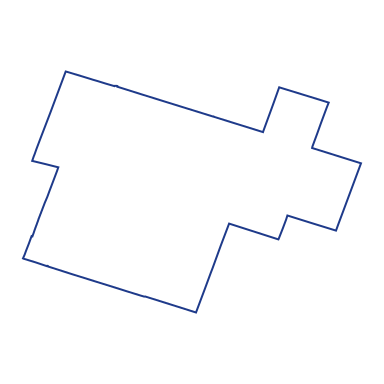 Stefan Cel Mare, Olt, Romania
{"feature_id": "2599482B22741879440662", "entity_name": "Stefan Cel Mare", "entity_type": "district", "adm_level": 2, "iso_a3": "ROU", "parent_name": "Romania", "parent_adm1": "Olt", "projection": "natural_earth1", "projection_center": [24.217, 43.82], "detail": "fine", "context": "isolated", "style": "outline", "palette": "blue", "viewbox_px": 384, "rotation_deg": 0, "n_neighbors": 0, "source": "geoboundaries", "source_scale": "gbopen_adm2", "svg_char_len": 1646}
<svg xmlns="http://www.w3.org/2000/svg" viewBox="0 0 384 384"><path d="M336.0,230.6L338.4,224.0L343.0,211.7L361.0,163.3L346.3,158.7L331.3,154.0L312.1,148.0L312.4,146.6L317.1,133.9L320.6,124.1L321.3,122.2L326.8,107.4L328.7,102.6L321.4,100.3L280.4,87.7L279.2,87.3L274.0,101.9L271.2,109.6L263.1,131.7L263.0,132.1L213.9,116.8L213.7,116.5L213.2,116.4L212.9,116.5L181.0,106.6L141.4,94.3L126.5,89.6L117.9,86.9L117.5,86.8L117.6,86.4L117.5,86.1L116.8,85.9L115.0,85.9L114.6,85.9L114.4,85.9L114.3,86.1L105.4,83.5L97.7,81.1L92.5,79.6L91.3,79.2L88.7,78.4L82.2,76.4L66.5,71.7L65.7,71.5L56.9,95.1L50.4,112.5L40.2,139.1L36.3,149.4L34.7,154.0L33.7,156.5L32.2,160.9L46.3,164.3L54.6,166.4L58.3,167.3L57.0,171.1L51.9,184.6L49.5,190.9L47.3,196.9L44.7,203.0L44.4,203.8L44.1,204.6L43.8,205.4L43.5,206.2L43.2,206.9L42.9,207.8L42.7,208.2L42.2,209.6L41.9,210.5L41.5,211.3L41.2,212.2L40.9,213.1L40.5,214.0L40.3,214.4L40.2,214.8L40.1,215.0L39.9,215.7L39.5,216.5L39.2,217.5L38.7,218.6L38.5,219.2L38.5,219.4L38.3,219.9L38.1,220.4L38.0,220.9L37.9,221.1L37.6,221.9L37.1,223.2L36.9,223.9L36.6,224.6L36.4,225.3L36.1,225.9L35.9,226.5L35.7,227.2L35.5,227.5L35.2,228.5L34.7,229.8L34.1,231.6L33.5,233.4L32.9,235.0L32.4,236.4L31.6,236.1L30.9,238.0L28.9,243.5L26.0,250.9L24.7,254.5L23.0,258.4L23.9,258.8L35.7,262.4L46.7,266.1L47.1,265.8L47.8,265.9L48.1,266.2L48.2,266.6L49.0,266.8L72.1,274.2L96.5,281.8L121.2,289.5L126.5,291.2L140.4,295.5L144.2,296.6L145.2,296.5L170.4,304.4L196.0,312.5L205.0,288.5L210.9,272.5L212.6,268.1L220.7,245.8L229.1,223.6L278.4,239.4L278.7,238.8L282.8,228.4L286.1,219.6L287.4,215.5L311.7,223.1L336.0,230.6Z" fill="none" stroke="#1e3a8a" stroke-width="2"/></svg>